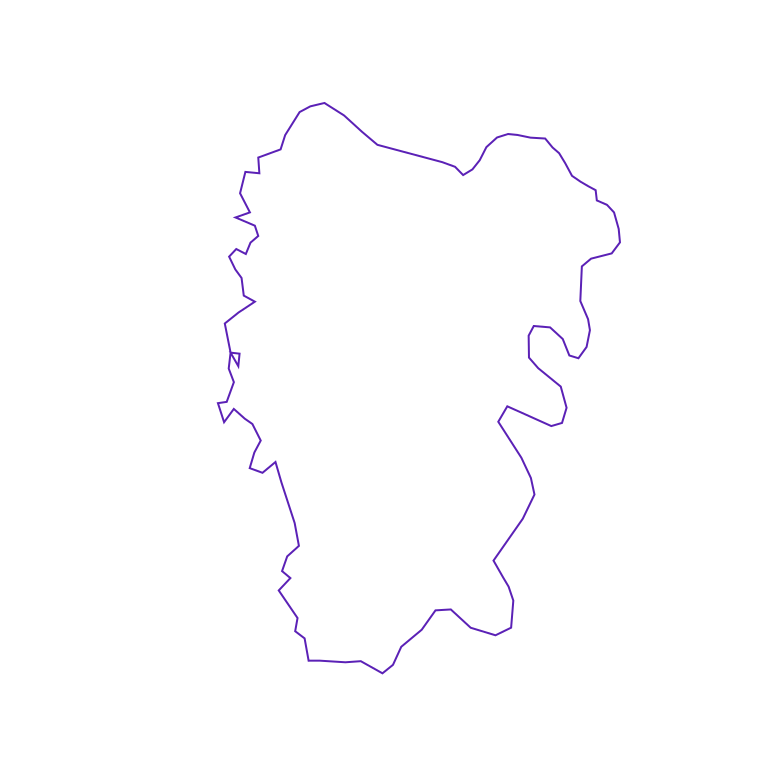 the district of Faxinalzinho, Rio Grande do Sul, Brazil, rotated 200°
{"feature_id": "56859067B37112231790828", "entity_name": "Faxinalzinho", "entity_type": "district", "adm_level": 2, "iso_a3": "BRA", "parent_name": "Brazil", "parent_adm1": "Rio Grande do Sul", "projection": "equal_earth", "projection_center": [-52.674, -27.37], "detail": "fine", "context": "isolated", "style": "outline", "palette": "violet", "viewbox_px": 768, "rotation_deg": 200, "n_neighbors": 0, "source": "geoboundaries", "source_scale": "gbopen_adm2", "svg_char_len": 1606}
<svg xmlns="http://www.w3.org/2000/svg" viewBox="0 0 768 768"><g transform="rotate(200 384 384)"><path d="M536.1,627.7L548.2,619.7L556.3,610.7L562.0,584.1L561.4,569.1L579.6,553.8L573.2,539.4L586.8,535.9L584.5,514.0L568.7,499.4L580.5,489.7L559.5,488.6L552.8,480.1L557.8,471.2L558.3,458.9L569.0,460.3L573.1,450.7L562.9,440.8L554.1,434.9L546.0,419.1L533.5,417.2L545.1,401.5L554.3,386.4L538.9,361.0L535.2,345.4L525.7,334.4L525.7,313.4L533.5,309.2L521.2,293.4L516.6,309.2L503.0,303.8L494.0,301.4L480.5,288.7L482.4,275.3L481.4,259.0L467.8,259.0L459.3,273.6L446.7,256.4L420.4,222.8L408.6,202.8L416.0,188.9L415.8,173.3L405.6,169.6L412.3,154.0L385.2,134.5L382.9,121.3L371.6,117.8L360.2,98.2L349.9,102.0L325.1,109.3L311.0,115.6L286.5,111.6L279.5,123.2L277.9,143.0L264.5,166.0L258.2,188.9L244.1,195.0L219.2,184.6L193.3,186.0L181.2,198.5L188.4,224.7L197.6,236.2L205.7,242.8L220.7,255.5L207.5,304.9L204.8,331.6L213.8,345.9L229.7,361.7L263.7,387.6L260.5,405.2L212.4,401.7L203.4,408.3L204.3,424.1L217.0,442.0L244.5,451.6L256.8,458.4L264.6,478.9L263.1,489.7L247.3,494.0L231.4,487.4L219.6,474.2L210.1,474.7L206.3,488.1L208.9,505.0L214.4,514.7L227.9,529.1L238.3,562.2L232.3,572.6L214.7,584.6L210.7,597.8L216.5,610.0L226.5,623.9L235.7,628.6L246.8,629.3L251.4,638.5L259.6,639.7L268.4,641.3L278.5,643.9L289.4,653.6L298.4,660.8L306.5,663.9L316.5,669.8L330.6,665.6L343.6,663.7L353.0,661.3L362.1,654.3L368.8,641.6L370.6,627.0L374.3,615.9L381.1,607.4L391.5,612.4L405.1,612.4L472.0,606.5L491.0,613.5L513.4,622.7L536.1,627.7ZM538.9,361.0L530.1,363.1L527.0,350.9L538.9,361.0Z" fill="none" stroke="#5b21b6" stroke-width="2"/></g></svg>